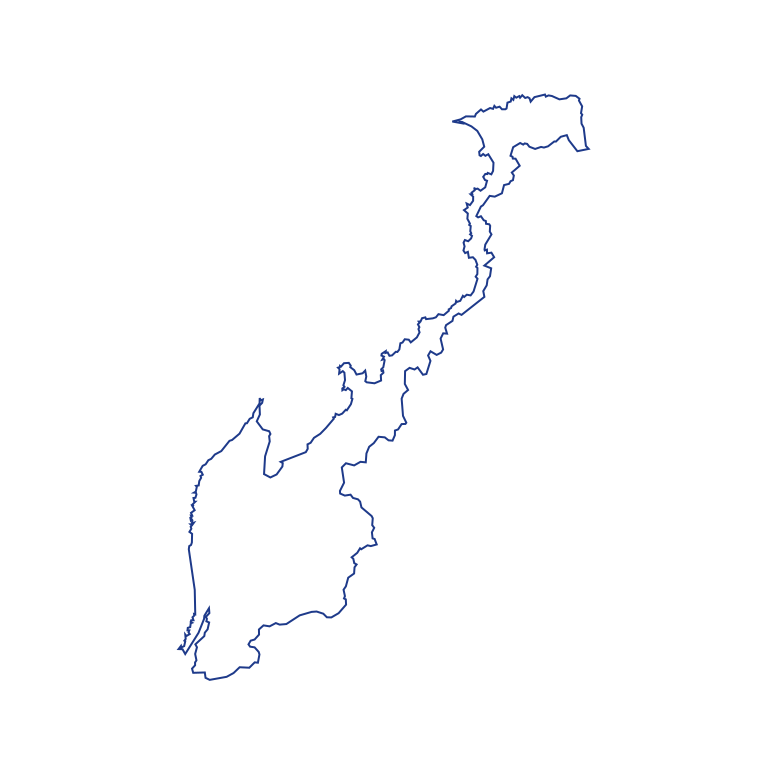 Bahía Solano (Mutis), Chocó, Colombia (Robinson projection), rotated 36°
{"feature_id": "7082276B67825714501436", "entity_name": "Bahía Solano (Mutis)", "entity_type": "district", "adm_level": 2, "iso_a3": "COL", "parent_name": "Colombia", "parent_adm1": "Chocó", "projection": "robinson", "projection_center": [-77.369, 6.398], "detail": "fine", "context": "isolated", "style": "outline", "palette": "blue", "viewbox_px": 768, "rotation_deg": 36, "n_neighbors": 0, "source": "geoboundaries", "source_scale": "gbopen_adm2", "svg_char_len": 6116}
<svg xmlns="http://www.w3.org/2000/svg" viewBox="0 0 768 768"><g transform="rotate(36 384 384)"><path d="M428.8,713.4L432.2,706.2L433.7,698.0L441.8,692.7L443.0,685.2L445.8,683.6L442.2,676.0L440.1,674.4L434.1,673.1L430.1,675.2L427.4,674.3L427.0,670.0L429.5,666.8L430.2,660.2L427.1,656.1L428.4,650.1L433.9,647.3L437.0,641.0L441.0,640.0L446.1,635.6L451.8,620.7L459.4,610.9L463.2,607.7L469.9,605.5L474.9,606.3L478.6,603.8L482.0,596.1L483.0,584.8L479.7,580.7L477.7,581.0L477.1,578.6L472.2,574.2L472.1,570.1L468.9,561.7L471.2,554.9L467.9,549.6L467.9,546.1L465.2,546.4L462.0,543.5L459.7,543.2L461.6,536.3L461.2,531.0L462.7,531.1L465.5,524.2L468.6,522.9L472.4,518.1L467.5,514.9L465.5,515.6L461.4,511.1L460.6,506.1L457.4,505.1L453.8,499.2L451.6,498.1L438.3,497.1L433.8,493.2L430.7,492.6L425.9,494.4L422.0,493.2L417.9,497.3L412.9,498.4L411.2,496.4L409.7,487.3L398.9,476.3L399.8,470.5L407.7,467.4L410.7,460.8L415.3,458.1L410.6,450.5L408.9,443.5L410.5,437.8L410.6,429.9L416.0,426.7L420.8,426.9L424.2,424.8L422.9,419.0L420.2,415.2L422.1,412.5L421.8,406.1L424.8,403.7L424.8,402.2L418.1,398.6L406.9,385.5L405.6,380.5L407.0,374.7L400.8,371.7L393.5,361.2L395.2,355.9L400.2,354.3L401.4,350.8L410.1,353.6L412.4,351.0L408.0,338.0L402.9,335.0L402.4,330.2L409.5,329.5L411.8,325.0L411.5,321.3L403.1,314.0L402.1,308.2L405.4,306.2L400.4,302.4L399.6,299.9L402.3,292.7L400.6,288.7L402.9,283.1L406.1,282.5L414.0,254.5L409.7,250.5L409.1,243.8L406.3,238.5L406.4,234.5L402.7,227.4L395.6,229.2L398.6,216.7L393.7,214.6L390.6,217.7L388.3,214.8L387.0,216.7L386.2,216.0L384.0,211.7L383.0,199.8L380.0,198.5L376.9,193.6L375.3,192.9L372.4,194.4L370.6,192.3L368.4,192.9L363.8,191.3L362.2,193.9L360.0,193.9L358.1,183.5L359.0,181.2L358.9,169.7L363.5,167.3L367.3,160.4L364.2,152.5L367.5,148.6L367.2,145.5L368.5,143.3L366.5,139.0L363.1,137.8L365.5,127.7L358.0,124.4L355.7,125.9L354.4,124.6L352.2,125.0L349.3,116.5L352.5,109.0L355.9,108.5L356.4,106.7L358.7,105.6L362.1,106.6L368.1,105.0L371.7,99.9L374.4,98.7L377.0,95.3L379.2,87.7L380.6,86.8L381.7,80.1L385.6,75.2L390.2,78.1L403.6,82.0L411.4,73.5L407.4,72.7L394.9,59.3L390.8,57.3L386.7,52.2L386.1,49.6L384.2,49.1L381.1,42.9L375.1,40.1L374.5,38.3L369.8,38.2L365.0,41.1L363.6,45.7L358.6,50.6L350.6,52.3L347.5,53.8L346.0,56.4L344.1,55.2L337.1,63.5L336.7,69.4L333.8,67.3L331.6,67.5L330.1,69.6L326.1,69.1L325.8,72.4L324.2,71.6L322.7,74.6L320.2,74.5L321.6,78.1L319.2,78.0L320.5,81.0L318.5,83.8L321.2,89.1L320.7,90.4L317.9,92.4L314.5,91.7L312.3,94.6L309.8,94.1L310.5,97.3L307.6,98.4L304.3,105.2L301.1,104.9L299.6,111.5L300.3,114.2L293.0,119.3L290.4,124.9L285.0,131.5L293.7,127.3L291.7,127.0L293.2,126.1L303.3,124.2L310.7,124.4L319.7,128.3L325.6,133.1L324.5,140.2L326.9,142.8L328.4,142.6L329.0,139.7L331.9,139.8L333.3,136.8L342.5,140.6L347.0,147.5L347.6,151.3L343.8,152.3L344.1,153.5L342.5,154.5L342.5,158.1L345.8,159.6L347.9,159.0L350.3,165.4L348.5,170.9L344.9,170.9L343.2,172.9L341.5,172.0L343.5,174.0L342.4,177.7L343.7,178.4L342.5,179.6L346.0,180.0L348.4,183.4L348.4,188.7L344.8,189.4L348.0,192.0L346.5,196.3L351.6,196.8L354.3,201.3L359.2,203.7L359.4,205.2L361.3,205.2L364.0,209.7L365.9,210.7L365.7,212.3L368.1,212.4L368.9,215.0L368.2,219.0L364.8,220.0L365.3,222.9L368.3,225.3L369.8,229.3L372.7,230.4L374.2,227.8L378.5,232.0L381.4,229.2L385.0,229.8L389.4,232.7L389.6,235.0L391.4,235.2L394.9,240.2L395.1,243.3L397.8,243.9L402.1,256.6L402.0,261.4L398.5,263.1L397.7,266.5L396.0,266.3L396.8,271.9L394.8,274.7L393.5,274.4L394.6,276.8L393.0,281.4L393.6,283.1L392.5,285.6L393.4,286.6L391.8,293.2L387.0,295.5L386.8,299.5L384.9,302.2L379.9,306.8L378.3,305.8L376.1,308.4L376.8,311.8L375.5,313.0L376.7,313.3L376.4,315.8L379.2,317.2L379.6,319.3L382.4,321.3L383.2,327.0L381.2,334.6L378.0,333.6L374.5,335.6L374.6,339.6L373.3,341.4L376.1,347.0L376.0,350.2L374.6,351.0L373.7,356.1L371.8,358.0L368.4,356.3L367.0,358.0L366.1,356.4L364.4,360.9L365.2,362.5L367.9,361.9L368.3,365.3L369.3,363.9L370.5,364.3L373.6,370.9L373.1,373.8L374.4,374.9L375.3,373.6L376.9,375.2L376.2,378.7L379.6,382.9L375.9,389.0L369.0,392.8L367.2,392.7L365.3,388.4L360.9,384.2L360.4,387.9L356.2,392.5L351.8,390.3L346.8,390.2L346.3,388.7L343.1,387.6L339.4,390.7L339.0,395.1L337.8,395.2L338.4,396.1L337.2,397.8L339.4,398.2L341.6,402.0L343.1,397.8L345.3,398.1L350.2,403.8L351.9,408.9L353.7,409.5L352.9,412.1L354.0,413.5L354.6,411.9L356.7,411.4L357.0,408.5L362.4,408.8L366.0,414.7L367.2,414.6L369.1,419.8L369.4,427.1L368.2,427.3L367.6,432.5L365.8,435.6L362.4,436.5L363.8,439.4L362.5,440.9L363.8,441.6L362.9,453.6L361.7,461.8L359.0,468.7L359.2,474.7L357.6,477.8L360.4,481.3L360.8,485.1L346.2,507.7L348.6,507.5L350.3,510.5L350.3,520.3L347.0,526.4L339.9,527.4L330.3,512.4L325.3,497.6L321.7,493.7L321.5,491.2L318.9,489.7L312.6,492.0L303.0,489.0L301.5,481.6L296.0,474.7L296.5,470.9L295.1,467.7L293.7,469.8L291.7,468.4L294.7,472.8L295.5,484.4L297.4,488.1L295.8,491.1L296.2,496.3L295.0,497.3L296.3,509.1L294.0,518.6L292.4,520.8L291.8,533.9L288.6,540.5L288.2,546.1L286.7,548.9L286.9,553.8L285.4,556.8L286.1,563.6L287.9,562.4L290.7,563.9L289.6,566.3L291.2,567.4L291.6,571.1L293.7,575.0L291.8,576.9L293.0,577.2L295.0,581.7L294.2,583.5L295.8,582.5L297.2,583.6L298.3,586.9L296.9,588.2L299.7,590.8L300.5,590.2L299.8,594.4L301.8,594.4L300.3,595.2L305.0,597.4L303.6,601.7L306.2,603.2L305.2,603.9L306.5,604.6L305.9,606.0L307.7,607.7L307.7,606.4L309.1,606.9L310.5,609.6L311.7,608.0L311.7,609.8L310.0,611.2L311.7,611.4L311.5,613.1L313.2,614.3L313.5,618.0L316.8,618.0L321.7,625.1L322.5,627.6L321.7,629.6L323.2,632.4L351.9,661.8L366.7,681.3L365.5,681.7L366.6,682.9L366.2,685.3L368.7,687.1L366.9,688.5L367.4,690.0L369.1,689.9L368.3,691.2L370.1,694.6L368.6,696.6L369.8,698.8L371.3,697.8L371.8,699.8L373.8,700.5L372.3,704.0L370.5,703.5L373.4,706.8L373.4,709.0L374.4,708.9L376.4,713.5L374.8,716.4L373.7,715.3L373.6,719.2L376.9,717.0L381.9,719.3L380.2,694.3L376.5,679.8L374.9,677.1L374.2,668.3L377.4,672.0L376.8,677.2L378.7,678.0L379.8,680.4L382.7,679.7L385.5,686.2L385.2,690.5L386.8,693.6L384.4,705.5L387.4,706.9L389.9,713.4L394.7,717.8L394.8,720.3L396.5,722.6L396.0,727.1L399.4,729.8L408.6,722.7L412.3,726.6L416.9,725.8L428.8,713.4Z" fill="none" stroke="#1e3a8a" stroke-width="2"/></g></svg>